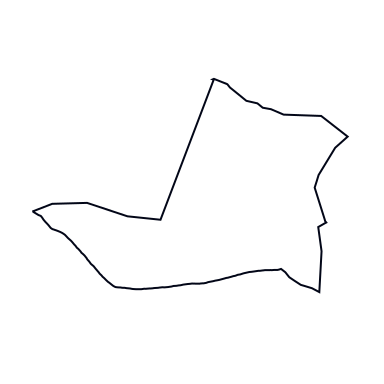 Quatre Chemins, Castries, Saint Lucia, rotated 85°
{"feature_id": "8701671B54761121422893", "entity_name": "Quatre Chemins", "entity_type": "district", "adm_level": 2, "iso_a3": "LCA", "parent_name": "Saint Lucia", "parent_adm1": "Castries", "projection": "orthographic", "projection_center": [-60.975, 13.991], "detail": "fine", "context": "isolated", "style": "outline", "palette": "ink", "viewbox_px": 384, "rotation_deg": 85, "n_neighbors": 0, "source": "geoboundaries", "source_scale": "gbopen_adm2", "svg_char_len": 2527}
<svg xmlns="http://www.w3.org/2000/svg" viewBox="0 0 384 384"><g transform="rotate(85 192 192)"><path d="M150.4,32.1L127.5,56.7L122.9,94.0L116.4,106.1L114.2,114.2L109.4,119.1L105.9,129.9L95.9,140.2L91.2,145.1L87.7,147.4L81.2,160.3L81.6,161.5L82.0,160.6L216.9,225.8L210.6,258.4L193.7,297.5L191.6,332.3L197.3,351.9L198.0,351.8L201.6,346.9L202.2,345.6L202.9,344.5L203.4,344.2L204.8,343.3L205.6,342.9L206.7,342.3L208.4,341.1L209.1,340.6L210.8,339.2L212.5,337.9L214.3,336.7L215.5,335.9L216.8,334.3L217.3,333.0L217.8,332.0L218.2,331.0L219.2,328.9L220.4,326.6L221.6,324.7L222.9,323.1L223.6,322.3L224.1,321.9L224.7,321.4L226.9,319.7L227.8,318.9L228.4,318.3L230.1,316.7L231.7,315.5L233.9,314.0L235.5,312.7L237.4,311.6L238.8,310.2L241.6,308.1L242.8,307.5L243.3,307.0L244.5,305.8L245.0,305.4L245.9,304.6L248.2,303.1L248.6,302.8L250.0,302.2L252.4,300.4L254.1,299.4L254.5,299.2L255.1,298.7L257.3,296.5L259.1,295.3L259.9,294.8L261.4,293.7L263.0,292.6L263.6,292.1L265.3,291.1L267.2,289.4L268.6,288.5L269.8,287.3L270.6,286.6L271.7,285.7L272.2,285.3L274.2,283.5L275.1,282.4L277.5,279.9L278.8,278.5L280.0,276.6L280.4,274.9L280.6,273.7L280.9,271.4L281.3,270.0L281.6,267.4L282.1,265.5L282.7,262.2L283.0,261.2L283.3,260.2L283.6,258.6L283.9,256.6L284.0,255.6L284.3,252.6L284.4,250.6L284.2,248.1L284.4,246.6L284.4,244.3L284.4,242.7L284.5,241.4L284.5,239.2L284.4,238.6L284.4,237.3L284.5,234.1L284.4,233.0L284.3,229.7L284.6,227.9L284.6,226.5L284.6,224.0L284.5,222.8L284.4,220.8L284.0,218.5L284.1,215.7L283.9,213.4L283.9,211.5L283.8,210.8L283.5,208.9L283.3,204.3L283.3,202.0L283.2,200.0L283.6,196.5L283.8,194.4L284.0,192.7L283.9,191.9L283.9,191.1L283.9,189.4L284.0,188.4L283.9,187.5L283.8,186.1L283.7,185.6L283.2,183.8L283.0,181.9L282.7,178.8L282.5,177.6L282.4,177.1L282.3,176.4L282.2,175.0L282.0,173.0L281.9,172.2L281.7,171.2L281.4,169.5L280.9,166.8L280.6,165.4L280.5,163.6L280.3,162.7L279.9,160.4L279.4,158.1L279.3,156.7L279.2,156.1L279.0,155.3L278.5,153.8L278.3,151.1L277.7,148.6L277.5,147.6L277.4,147.0L277.2,145.4L277.1,144.7L276.7,141.9L276.7,139.8L276.6,137.6L276.5,135.9L276.3,132.8L276.4,131.1L276.4,130.5L276.3,128.9L276.3,127.8L276.2,126.5L276.4,123.7L276.6,121.6L276.6,120.8L276.8,119.3L276.8,117.2L277.1,113.7L277.0,113.0L276.9,112.2L276.4,110.0L277.4,108.9L280.1,106.0L282.1,104.7L285.4,102.5L289.3,97.7L294.0,91.7L295.2,88.6L298.3,80.9L302.8,73.9L262.3,68.1L237.9,69.3L234.5,61.9L234.1,60.9L232.6,61.9L230.9,62.2L199.7,69.1L198.3,69.4L192.3,66.9L186.1,64.4L160.4,45.5L150.4,32.1Z" fill="none" stroke="#020617" stroke-width="2"/></g></svg>